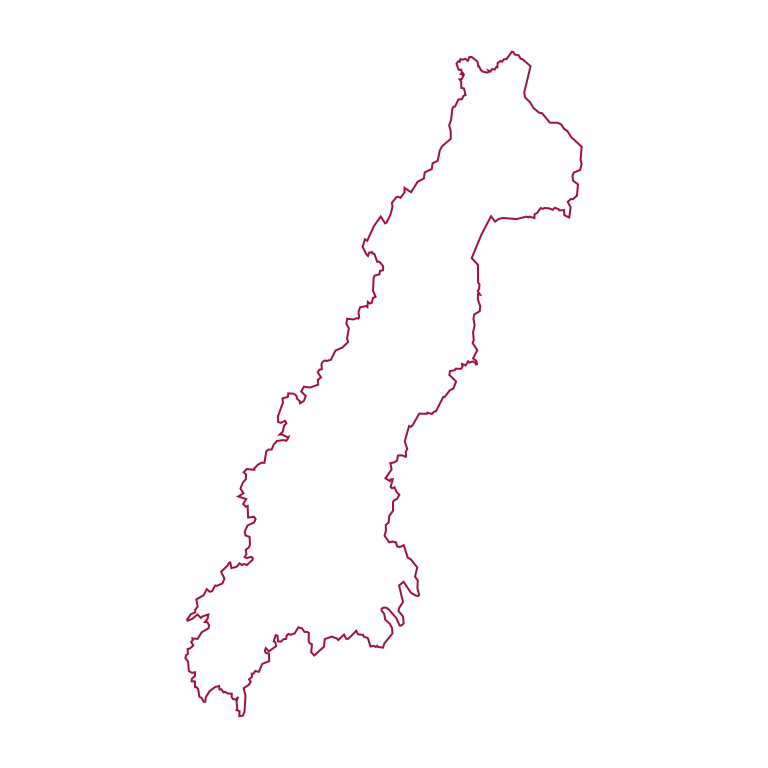 Cavan - Belturbet Lea-6, Cavan, Ireland, rotated 91°
{"feature_id": "5873133B49845781008100", "entity_name": "Cavan - Belturbet Lea-6", "entity_type": "district", "adm_level": 2, "iso_a3": "IRL", "parent_name": "Ireland", "parent_adm1": "Cavan", "projection": "equal_earth", "projection_center": [-7.632, 54.119], "detail": "fine", "context": "isolated", "style": "outline", "palette": "rose", "viewbox_px": 768, "rotation_deg": 91, "n_neighbors": 0, "source": "geoboundaries", "source_scale": "gbopen_adm2", "svg_char_len": 6111}
<svg xmlns="http://www.w3.org/2000/svg" viewBox="0 0 768 768"><g transform="rotate(91 384 384)"><path d="M646.8,385.9L647.7,380.5L643.2,379.0L633.3,371.2L627.8,371.7L623.6,374.1L619.7,378.6L613.8,379.8L610.8,382.4L608.7,382.5L607.5,380.2L607.8,377.5L609.4,375.2L617.6,367.8L625.3,364.1L625.2,362.5L623.1,360.2L616.1,360.9L610.7,365.6L607.6,365.0L601.7,361.2L585.2,365.4L581.4,361.0L592.2,353.5L595.0,348.5L595.4,346.2L594.4,345.2L587.3,347.0L579.9,346.8L576.1,349.6L566.8,347.6L558.7,354.3L557.3,357.2L544.8,361.4L546.7,365.3L546.2,368.0L542.2,369.2L541.4,372.5L542.1,376.1L535.7,380.8L530.7,379.5L525.0,379.8L522.3,376.9L516.0,376.5L510.4,372.7L501.9,373.0L500.1,371.9L498.8,369.1L494.6,366.7L491.9,369.4L487.1,371.8L488.2,374.1L486.8,375.6L479.1,373.5L479.3,375.7L480.9,376.4L478.3,380.9L469.2,374.9L463.1,376.3L462.1,372.1L460.2,369.6L455.3,368.8L455.0,364.5L456.5,361.1L455.7,360.6L451.6,361.1L448.5,359.6L441.0,362.3L425.6,358.2L426.4,356.4L424.2,354.3L413.0,348.3L413.1,340.7L411.9,340.2L413.1,335.6L410.7,333.4L410.4,331.6L396.0,324.6L396.1,323.3L389.2,318.1L387.2,314.4L380.2,312.0L373.8,318.8L370.0,318.3L368.8,313.4L367.4,312.5L367.5,307.2L365.4,305.8L362.6,306.3L364.0,302.7L359.9,300.3L361.1,299.0L359.9,295.6L361.7,292.4L362.9,292.2L362.6,291.3L359.3,292.1L356.8,295.4L348.6,291.3L341.5,296.1L338.4,295.0L330.8,295.9L324.0,294.4L317.2,295.7L312.8,294.9L309.6,289.6L304.6,289.1L298.0,291.6L292.6,291.7L293.0,289.5L289.4,291.9L287.0,290.5L282.6,290.3L281.0,291.7L263.2,292.1L256.6,298.5L233.1,289.3L214.4,279.9L219.7,275.7L217.1,272.3L215.9,268.5L216.8,254.4L214.1,244.5L214.9,242.5L214.0,241.7L215.5,236.5L211.7,236.4L210.3,233.9L205.3,230.3L206.1,228.4L205.2,226.3L205.5,222.0L206.9,218.3L204.8,216.3L206.2,212.4L207.4,211.9L207.0,207.2L212.1,206.6L214.3,201.7L203.9,200.5L198.7,203.5L195.7,200.3L196.0,198.4L192.3,194.4L181.0,193.5L177.4,198.5L172.5,199.2L169.4,198.0L166.6,191.7L160.5,190.2L156.8,191.4L143.3,190.5L134.1,200.9L127.9,205.1L125.5,208.6L121.5,211.2L119.7,215.4L119.9,222.6L110.5,230.7L110.0,233.7L105.5,239.3L99.7,242.9L95.1,247.9L90.0,248.9L63.7,243.0L56.9,251.1L56.3,253.1L52.9,255.2L52.3,259.1L50.0,260.3L49.4,261.9L57.0,267.1L57.2,269.8L59.7,271.6L59.0,273.0L61.0,276.0L65.4,276.2L65.1,277.3L67.7,278.9L67.2,281.5L69.8,283.0L68.8,285.1L70.0,284.4L70.8,286.0L70.2,290.1L68.4,292.8L64.8,294.4L65.0,295.2L60.0,296.1L55.5,302.0L55.7,304.4L60.2,306.1L59.2,305.9L57.5,308.5L58.4,311.6L57.8,313.2L60.6,314.0L60.1,315.5L62.6,317.1L68.6,314.8L68.4,312.4L71.2,311.4L72.8,312.6L73.4,311.0L72.4,310.0L73.4,309.5L77.7,311.6L78.1,313.7L80.1,312.1L86.5,311.9L87.1,309.2L93.7,307.5L94.4,309.5L97.8,311.0L98.2,314.6L105.3,317.8L105.6,319.5L107.6,320.5L119.0,321.6L124.2,323.4L130.0,321.7L137.6,321.5L145.2,330.0L149.3,332.2L159.9,334.2L162.4,339.2L168.2,340.0L171.7,347.0L177.8,347.7L181.2,353.9L191.8,360.3L187.5,366.9L191.9,366.8L197.5,370.7L196.5,373.4L197.1,375.0L202.8,379.3L206.4,378.6L214.6,380.5L222.4,384.2L223.4,385.7L216.6,390.2L226.4,396.9L241.1,403.3L239.7,405.6L247.3,407.8L254.7,403.8L256.3,402.3L252.9,401.2L252.4,398.1L253.6,397.9L254.2,395.9L262.0,392.9L261.6,391.5L262.7,389.8L266.3,386.9L270.3,386.9L271.0,390.0L274.4,390.5L275.8,395.3L278.4,396.2L290.9,396.6L297.0,393.9L298.1,396.6L302.9,397.6L303.8,399.4L302.2,401.6L307.3,401.9L306.3,402.9L307.7,409.2L312.4,410.8L317.7,409.9L319.0,410.9L318.6,412.3L320.0,415.7L319.4,422.0L324.3,422.7L329.0,420.1L339.2,421.8L342.7,420.6L348.3,426.3L351.4,433.1L360.7,437.5L362.0,442.1L361.5,443.5L362.9,445.8L365.3,446.9L370.3,446.4L370.8,448.8L373.5,450.5L378.4,447.1L381.1,450.2L385.8,449.8L388.8,457.7L388.1,464.1L393.0,466.7L397.3,462.0L402.4,463.9L404.7,467.6L402.7,467.9L400.2,470.7L397.2,471.4L395.3,474.1L395.0,479.6L398.5,479.9L400.3,485.3L404.3,484.7L418.2,489.5L423.9,489.1L424.6,486.4L422.5,482.3L425.0,480.9L427.4,483.1L433.5,484.5L436.4,487.4L436.2,485.3L438.9,479.5L438.5,478.5L440.7,479.4L442.5,480.8L441.8,483.2L442.8,490.1L446.9,493.4L451.5,495.2L451.6,498.5L453.3,500.5L464.9,502.2L464.8,504.9L466.9,508.7L471.0,512.4L472.1,512.2L471.4,519.8L474.7,522.8L477.0,520.3L481.6,520.5L485.0,523.4L491.1,525.7L495.7,522.6L499.0,527.7L501.5,519.7L506.4,522.7L509.1,520.1L508.4,518.2L519.9,517.5L519.1,511.7L521.2,510.0L524.8,511.5L527.7,517.9L534.1,520.7L537.9,519.8L539.2,515.7L547.1,515.2L549.7,516.2L552.2,519.3L556.6,518.6L559.5,520.3L560.4,518.4L559.2,513.5L560.5,512.1L562.2,512.4L567.3,517.9L566.4,521.1L567.6,522.8L565.8,525.3L569.4,528.3L570.7,533.4L565.0,534.6L565.5,535.8L568.2,537.2L574.6,543.6L581.4,540.1L586.2,542.1L588.8,547.7L588.4,549.2L594.2,552.3L594.7,554.7L592.2,557.6L598.3,560.6L602.7,567.9L609.9,566.4L612.9,568.8L615.6,568.8L617.6,573.2L623.0,576.8L624.1,576.3L622.1,571.4L617.7,566.6L621.1,562.9L619.5,561.3L617.5,555.6L621.5,556.2L625.2,558.9L625.3,556.4L628.1,554.8L631.2,555.1L635.4,561.9L642.1,565.9L641.7,571.2L643.5,570.8L645.3,572.3L648.7,570.1L651.9,573.5L652.3,575.6L657.3,575.4L658.7,577.2L661.7,577.8L664.7,575.1L674.5,574.1L676.1,571.0L675.5,568.0L679.2,567.9L682.1,571.0L684.7,571.1L684.7,567.9L690.3,567.6L690.4,566.1L692.3,564.5L700.0,563.1L701.1,560.9L704.8,558.8L704.9,557.2L700.3,556.7L694.1,553.0L689.9,547.5L688.8,543.6L692.3,543.1L692.1,541.3L695.1,539.1L694.6,537.4L696.1,535.1L696.3,530.8L699.6,530.9L701.7,529.4L702.1,526.5L699.4,524.4L703.6,525.9L711.5,525.0L712.5,525.8L713.7,522.7L718.6,522.9L718.1,519.4L714.2,517.8L698.2,517.0L690.6,519.0L687.2,514.0L683.9,512.0L681.7,513.8L679.0,510.8L675.9,511.2L675.9,509.4L673.2,507.7L674.0,504.1L666.0,500.9L663.1,494.0L655.7,494.3L654.8,497.6L652.9,498.5L650.1,497.6L653.3,494.4L647.9,487.2L643.8,488.3L643.2,489.8L637.0,487.9L637.5,486.1L643.2,485.4L643.4,482.5L641.0,480.1L640.5,477.4L637.5,477.0L635.5,475.2L636.4,472.9L634.9,469.0L628.8,465.4L629.6,461.9L633.3,459.2L633.2,456.4L634.4,454.7L642.3,454.9L644.5,453.9L645.5,451.5L653.4,452.1L656.7,449.1L647.7,439.4L640.1,438.8L637.5,432.0L639.2,426.8L640.8,425.3L635.2,419.6L639.5,417.3L639.3,415.2L631.2,407.4L634.7,405.6L635.3,400.4L637.0,399.8L638.4,395.7L646.7,392.9L645.9,389.7L647.0,387.8L645.9,386.3L646.8,385.9Z" fill="none" stroke="#9f1239" stroke-width="2"/></g></svg>